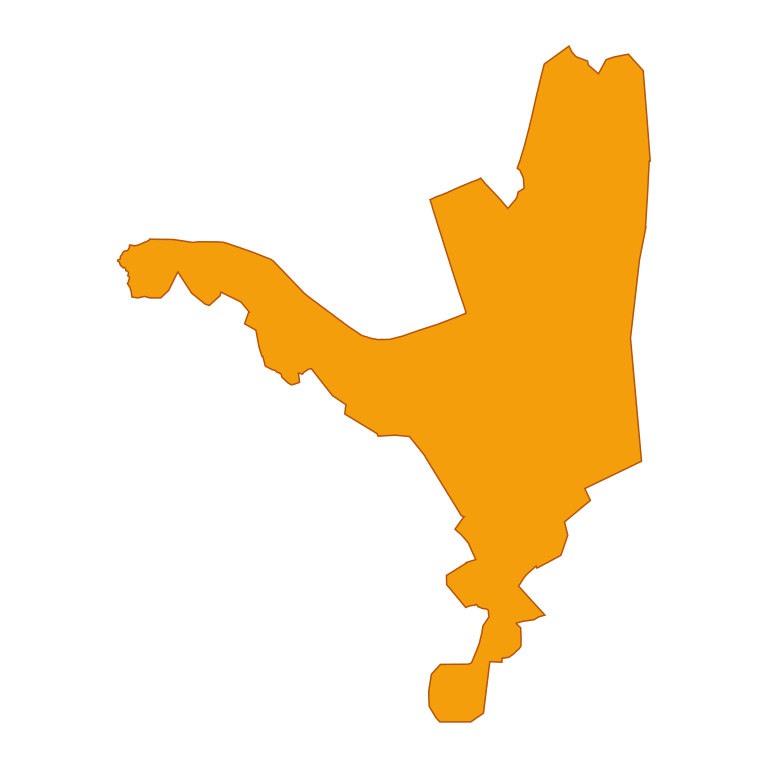 the district of Sana'a City Outskirts -Sanhan wa Bani Bahlul, Sana'a, Yemen
{"feature_id": "15242507B78273733164190", "entity_name": "Sana'a City Outskirts -Sanhan wa Bani Bahlul", "entity_type": "district", "adm_level": 2, "iso_a3": "YEM", "parent_name": "Yemen", "parent_adm1": "Sana'a", "projection": "natural_earth1", "projection_center": [44.226, 15.268], "detail": "fine", "context": "isolated", "style": "filled", "palette": "amber", "viewbox_px": 768, "rotation_deg": 0, "n_neighbors": 0, "source": "geoboundaries", "source_scale": "gbopen_adm2", "svg_char_len": 5606}
<svg xmlns="http://www.w3.org/2000/svg" viewBox="0 0 768 768"><path d="M127.0,282.9L129.8,287.2L131.2,291.5L131.9,297.0L137.7,297.9L140.5,297.3L144.7,296.4L149.9,297.9L160.8,297.9L168.7,290.4L177.8,271.9L191.6,293.1L199.1,299.2L205.0,304.0L209.3,305.4L214.1,301.1L220.0,295.8L220.9,292.1L237.9,300.5L241.1,302.1L249.3,312.2L248.5,312.7L244.6,323.8L255.9,330.2L259.1,347.3L262.0,356.5L262.9,356.5L265.3,366.1L270.3,368.7L272.1,369.7L275.0,370.3L277.2,372.5L278.9,372.5L279.4,373.3L281.1,373.8L281.8,377.0L284.2,379.3L287.9,382.8L291.4,384.9L293.2,384.4L295.5,383.8L299.6,382.3L298.4,373.1L299.0,373.2L302.5,374.2L303.4,372.7L304.2,371.9L305.0,371.7L306.9,370.3L307.5,369.7L309.1,369.0L309.6,369.0L310.3,368.9L311.4,368.7L323.4,384.0L332.6,395.8L346.0,404.7L345.6,406.9L344.8,414.0L377.0,433.6L378.1,436.2L387.4,435.6L395.4,435.2L409.4,436.5L418.9,448.3L425.3,456.4L425.3,457.0L455.6,506.3L461.4,515.8L464.2,516.7L462.6,518.5L455.0,529.2L457.9,531.8L460.7,534.2L460.9,534.4L464.2,538.0L466.4,540.7L468.2,542.9L468.5,543.4L472.0,551.3L475.8,559.6L470.4,561.2L466.2,562.6L466.4,562.9L463.5,564.8L456.3,569.3L455.1,570.1L446.5,575.4L446.5,578.3L446.7,584.7L455.2,594.8L465.7,607.5L468.5,606.3L469.0,606.1L472.4,605.4L474.9,605.3L475.7,604.3L477.4,605.4L477.9,606.6L483.1,608.7L486.1,608.8L488.3,610.2L488.6,615.1L489.1,616.6L482.9,626.0L481.8,633.1L481.6,633.9L479.4,643.1L476.3,651.3L471.4,663.0L468.1,664.2L467.2,664.2L440.4,664.4L438.3,666.7L431.4,674.3L428.7,691.3L428.9,698.6L429.2,706.4L436.0,717.7L439.8,721.9L455.1,721.9L470.8,721.9L483.5,713.1L485.8,693.9L488.8,670.0L489.7,662.6L489.8,661.7L501.9,662.2L502.1,658.1L504.1,658.1L509.0,657.2L513.9,653.7L519.5,648.3L520.9,646.2L521.0,643.0L521.1,639.4L520.7,627.8L516.2,623.6L516.3,623.2L522.9,621.3L534.2,619.7L538.6,616.9L544.9,615.1L531.6,600.5L529.5,598.2L527.1,595.5L518.5,586.1L520.6,583.1L520.9,582.5L522.8,579.5L523.7,578.1L526.4,574.8L527.1,574.1L528.9,572.5L536.0,566.1L537.0,568.1L549.2,561.6L558.4,556.7L560.9,555.3L563.0,549.3L563.4,548.3L563.8,546.9L565.5,542.0L565.8,541.1L566.5,538.9L567.6,535.7L567.7,535.3L567.3,533.0L566.8,531.3L564.5,521.8L565.6,521.0L570.7,516.7L571.4,516.2L580.5,508.6L590.4,500.4L584.8,488.5L597.1,482.6L634.7,464.5L641.5,461.2L630.5,338.1L639.5,259.7L645.9,227.3L645.5,227.3L647.1,201.0L647.7,191.0L649.2,161.0L650.3,161.0L650.0,158.2L646.6,113.5L643.2,70.7L636.9,63.7L628.4,54.2L614.9,56.8L612.7,57.4L606.1,59.7L598.5,73.8L588.3,65.0L587.5,61.0L585.5,60.3L576.0,56.7L572.1,52.3L569.0,46.1L567.6,47.1L555.0,56.3L544.6,63.8L544.2,64.2L541.4,75.3L540.1,80.6L539.5,82.7L539.2,84.4L536.2,96.9L535.1,101.8L532.6,113.0L531.4,118.3L529.0,128.3L525.5,141.7L525.0,143.8L524.4,145.9L521.1,156.8L520.9,157.6L520.7,158.2L520.2,160.1L520.0,160.7L519.6,161.6L518.7,164.1L517.2,168.2L517.6,168.6L519.8,170.1L521.0,172.8L522.4,175.8L523.1,177.4L523.4,177.9L524.1,188.3L518.2,192.0L517.2,196.3L516.5,197.8L515.7,199.3L515.3,199.9L513.3,202.1L512.9,202.6L511.6,204.1L510.3,205.7L507.8,208.4L506.3,206.6L499.7,198.9L498.5,197.6L498.0,197.0L496.5,195.4L496.2,195.1L490.9,189.5L485.4,183.7L485.1,183.4L484.5,182.8L483.9,181.9L483.2,181.1L480.7,178.1L478.3,179.5L474.9,180.8L471.8,181.9L465.6,184.5L464.1,185.1L462.9,185.6L462.3,185.9L458.4,187.5L455.8,188.7L453.2,189.8L452.2,190.3L450.0,191.3L447.4,192.5L447.2,192.8L445.1,193.4L441.5,195.0L439.0,195.8L435.3,197.2L433.2,198.3L430.5,199.5L430.0,199.7L430.4,200.8L432.0,205.8L432.3,207.1L433.7,211.7L436.4,220.2L437.2,223.0L440.3,232.6L440.6,233.4L442.4,239.2L443.0,241.2L443.8,243.8L445.1,247.9L447.0,253.9L447.1,254.2L451.0,266.5L452.2,270.5L452.7,271.8L453.6,274.8L455.5,280.6L457.2,285.9L458.0,288.5L460.0,294.4L460.2,295.0L461.6,299.0L462.8,302.6L463.9,305.8L465.6,311.1L465.9,313.2L457.6,316.7L455.2,317.6L449.9,319.6L447.4,320.6L444.7,321.6L440.9,323.1L437.7,324.3L434.6,325.3L430.9,326.5L420.6,329.8L419.7,330.1L416.6,331.2L413.7,332.2L409.9,333.5L408.8,333.9L406.2,334.8L403.1,335.9L402.4,336.1L401.0,336.5L399.3,336.9L397.1,337.5L394.3,338.2L389.8,339.4L388.7,339.4L383.7,339.5L380.8,339.5L378.8,339.6L378.1,339.6L375.4,339.1L371.6,338.5L368.2,337.4L363.9,336.1L361.7,335.4L360.1,334.3L349.4,327.2L348.2,326.4L340.8,320.8L338.4,319.1L330.2,312.9L324.9,309.0L322.9,307.5L320.8,306.0L319.3,304.8L311.1,298.7L308.7,296.9L305.0,293.9L304.8,293.7L304.1,293.1L296.3,285.0L295.7,284.4L290.0,278.4L289.3,277.7L284.1,272.2L275.2,263.0L273.4,261.1L272.2,260.3L270.5,259.2L264.6,256.9L260.3,255.2L254.4,252.9L253.7,252.6L251.8,251.9L250.9,251.6L236.4,246.5L233.9,245.7L229.7,244.3L224.1,242.4L223.5,242.3L218.9,242.0L217.4,241.9L215.1,241.9L210.1,241.8L202.7,241.8L201.9,241.8L199.8,241.8L198.2,241.8L196.7,241.9L196.4,242.0L194.0,242.3L192.3,242.4L183.5,241.0L174.6,239.7L174.2,239.7L173.4,239.6L172.8,239.5L169.4,239.4L168.4,239.4L158.8,239.3L157.4,239.3L155.9,239.3L153.3,239.2L149.6,239.1L149.3,239.6L148.8,240.5L142.7,243.1L137.8,245.2L136.7,245.4L134.4,245.8L131.6,245.2L130.2,244.9L129.4,245.4L129.4,245.7L129.4,246.8L129.4,247.6L129.2,247.9L128.3,249.3L128.2,249.6L127.6,250.6L124.3,251.1L124.0,251.4L123.3,252.0L122.8,252.7L122.5,253.0L122.1,254.2L121.8,254.7L120.6,256.1L120.3,256.7L120.4,258.6L120.0,259.1L118.6,259.5L117.9,259.9L117.7,260.5L117.7,260.8L117.7,261.2L118.0,261.4L118.8,261.6L119.3,262.0L119.9,264.1L120.7,265.6L122.9,267.5L123.2,267.9L124.0,267.5L124.6,267.6L125.0,268.0L125.4,268.4L125.7,270.2L125.9,270.7L126.2,270.8L127.1,271.1L127.4,271.3L128.0,271.7L128.2,272.2L128.6,273.3L127.8,275.2L128.0,276.1L128.9,276.5L129.4,277.5L129.5,277.7L129.0,279.7L128.6,280.3L128.7,280.8L127.7,283.4L127.0,282.9Z" fill="#f59e0b" stroke="#b45309" stroke-width="1.5"/></svg>